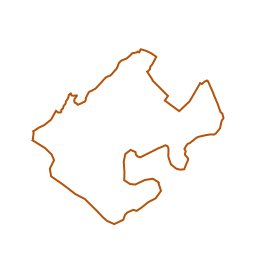 the district of Adh Dhihar, Ibb, Yemen, rotated 218°
{"feature_id": "15242507B70746280021443", "entity_name": "Adh Dhihar", "entity_type": "district", "adm_level": 2, "iso_a3": "YEM", "parent_name": "Yemen", "parent_adm1": "Ibb", "projection": "equal_earth", "projection_center": [44.168, 13.976], "detail": "fine", "context": "isolated", "style": "outline", "palette": "amber", "viewbox_px": 256, "rotation_deg": 218, "n_neighbors": 0, "source": "geoboundaries", "source_scale": "gbopen_adm2", "svg_char_len": 4603}
<svg xmlns="http://www.w3.org/2000/svg" viewBox="0 0 256 256"><g transform="rotate(218 128 128)"><path d="M195.3,97.2L193.8,87.1L195.8,78.7L198.5,73.3L200.1,68.4L200.7,67.0L199.4,66.1L195.8,60.1L195.7,59.5L192.6,59.9L181.0,61.1L176.3,60.6L171.7,60.1L166.5,57.1L165.9,54.5L164.6,48.0L161.2,44.7L158.9,42.6L151.2,43.0L147.1,43.3L143.8,43.4L139.9,43.5L131.4,43.5L129.0,43.5L124.5,44.3L118.2,45.5L115.3,45.1L111.8,44.7L101.0,43.5L92.9,42.2L87.5,41.9L79.7,43.8L75.2,52.7L76.9,57.8L76.5,61.1L73.5,66.7L70.2,68.0L68.5,73.0L66.4,82.0L62.9,89.6L63.3,98.8L70.0,103.3L70.0,103.5L70.2,103.4L71.1,104.0L75.4,103.5L77.3,103.2L80.4,99.9L82.7,97.4L85.0,92.8L87.5,87.9L91.9,85.1L98.8,84.5L103.6,91.0L110.8,99.1L114.1,105.9L112.4,112.4L110.7,112.8L107.3,113.7L105.4,111.9L103.2,111.4L100.3,112.5L99.9,113.2L91.1,131.7L90.8,131.9L87.9,137.4L86.0,138.0L84.3,137.4L82.7,135.8L78.9,130.6L76.7,128.9L74.8,127.7L71.6,125.7L69.3,125.7L64.8,125.7L61.2,127.3L58.3,130.1L60.1,136.3L60.8,139.2L61.7,140.8L62.2,141.1L66.3,141.9L67.2,142.5L67.9,144.5L68.2,145.2L70.7,146.3L70.9,147.9L71.2,149.9L71.2,152.2L70.1,154.0L69.8,155.0L69.0,158.4L68.6,160.4L67.4,164.0L62.4,170.1L60.2,172.5L58.5,174.2L56.3,175.6L55.9,176.4L55.7,177.2L55.4,177.7L55.3,181.5L55.3,183.7L55.3,184.3L55.9,185.7L57.7,189.3L58.7,191.7L58.7,194.1L59.0,194.8L59.5,195.1L62.0,197.0L62.6,197.4L63.1,197.4L64.8,197.6L65.4,197.7L66.0,198.2L71.0,201.4L72.2,202.2L74.6,203.5L81.7,207.5L82.1,207.9L93.8,214.1L95.1,214.0L96.2,211.6L96.9,208.1L98.8,207.7L98.6,207.0L97.4,198.2L95.9,187.0L96.8,180.9L98.0,172.8L108.3,172.5L115.9,172.3L116.2,177.9L118.3,178.1L124.6,178.9L126.3,179.1L129.1,179.5L133.6,180.0L137.8,180.5L138.0,180.9L140.0,181.6L146.7,183.9L147.6,184.2L147.2,184.9L147.1,185.9L146.9,187.5L147.3,188.7L147.8,189.4L148.2,190.3L148.1,191.8L148.1,193.0L148.2,194.3L148.3,194.6L149.5,201.4L150.6,201.5L152.7,201.3L153.7,201.3L155.5,201.2L160.7,200.1L161.1,200.0L166.4,197.9L166.3,196.8L165.8,195.0L165.8,194.4L167.4,194.2L167.5,193.8L167.6,193.0L167.9,192.6L168.1,192.4L168.8,191.7L169.4,190.9L170.1,190.3L170.4,189.8L170.7,189.3L170.7,188.9L170.7,188.7L170.7,188.4L170.8,188.2L170.9,187.1L171.0,186.4L171.1,185.7L171.3,184.9L171.4,184.2L171.7,183.1L171.7,182.8L171.8,182.4L172.0,181.7L172.2,181.2L172.5,180.9L172.7,180.5L173.1,179.8L173.6,178.9L174.3,177.8L174.6,177.0L174.9,176.5L175.0,175.9L175.0,175.3L175.0,174.8L175.1,174.1L175.1,173.9L175.1,173.5L175.0,173.2L174.9,172.9L174.8,172.1L174.6,171.7L174.5,171.3L174.3,170.8L174.2,170.4L174.1,170.2L173.7,168.7L173.6,168.1L173.5,167.5L173.5,166.8L173.7,165.4L173.7,165.1L173.7,164.4L173.8,163.6L173.9,162.2L173.9,161.5L173.9,161.1L174.0,159.9L174.1,159.3L174.2,158.5L174.4,158.2L174.7,157.7L174.9,157.3L175.4,156.6L175.9,155.7L176.2,155.1L176.4,154.7L176.5,154.5L176.6,153.9L176.7,153.3L176.8,152.2L176.8,151.9L177.0,149.7L177.1,147.6L177.2,146.4L177.3,145.0L177.5,143.0L177.6,141.1L177.6,140.9L177.7,140.5L177.7,140.1L177.8,139.5L177.9,139.0L178.2,138.1L178.8,136.8L179.2,135.9L180.1,134.1L180.6,133.0L180.8,132.4L180.9,131.8L180.7,130.8L180.6,130.1L180.5,129.7L180.4,129.4L180.2,128.1L180.1,127.6L179.8,126.5L179.6,125.6L179.3,125.1L179.2,125.1L178.5,123.8L178.4,123.6L178.3,123.2L178.2,123.0L178.2,122.8L178.3,122.4L178.4,122.0L178.7,121.3L179.0,120.8L179.3,120.4L179.6,119.7L180.0,118.8L180.4,118.0L180.8,117.2L181.1,116.6L181.4,116.2L181.6,115.7L181.8,115.4L182.1,115.3L182.3,115.3L182.6,115.4L182.8,115.5L183.0,115.5L183.4,115.7L183.6,115.8L183.9,115.7L184.1,115.6L184.6,115.4L185.0,115.3L185.7,115.3L186.0,115.4L186.3,115.7L186.7,116.0L187.0,116.2L187.2,116.6L187.7,117.2L187.8,117.6L187.9,118.0L188.1,118.9L188.0,120.0L188.0,120.7L188.0,121.1L188.0,121.4L188.1,121.6L188.1,121.8L188.2,122.0L188.4,122.1L188.6,122.1L189.0,121.6L189.3,121.3L189.8,120.7L190.3,120.4L190.7,120.0L191.1,119.7L191.6,119.4L192.1,119.1L192.4,119.0L192.6,119.0L193.0,119.1L193.2,119.3L193.8,119.8L194.0,119.9L194.3,120.0L194.4,119.9L194.5,119.8L194.6,119.6L194.7,119.4L194.8,118.8L194.8,117.9L194.9,117.5L194.8,117.3L194.7,117.1L194.5,116.7L194.4,116.5L194.2,116.3L194.0,115.6L193.8,115.2L193.6,114.5L193.4,114.1L193.4,113.6L193.4,112.8L193.4,112.1L193.4,111.7L193.3,111.3L193.1,110.5L192.7,109.7L192.4,109.0L192.3,108.6L192.2,108.3L192.1,108.1L192.2,107.6L192.2,107.1L192.3,106.5L192.3,106.0L192.2,105.7L192.2,105.4L192.1,105.2L192.0,104.9L191.8,104.5L191.7,104.2L191.4,103.7L191.3,103.2L191.3,102.9L191.3,102.6L191.4,102.4L191.5,102.1L191.7,101.8L191.8,101.5L191.8,101.4L191.6,101.1L191.4,100.8L191.2,100.5L190.8,100.0L190.5,99.5L191.0,98.4L192.1,97.5L193.0,97.2L195.3,97.2Z" fill="none" stroke="#b45309" stroke-width="2"/></g></svg>